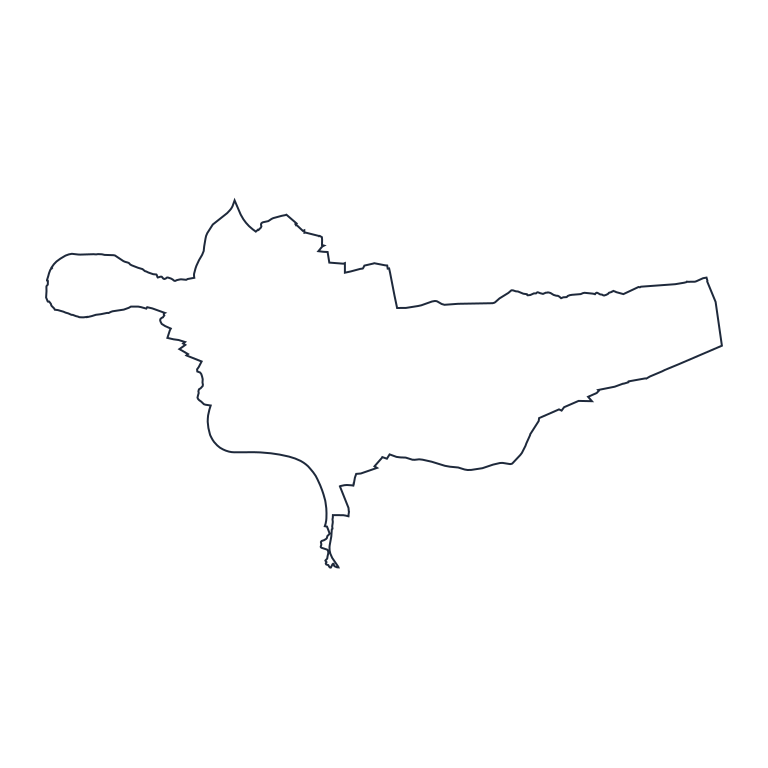 outline of Zutphen, Gelderland, Netherlands
{"feature_id": "6326949B28786285357983", "entity_name": "Zutphen", "entity_type": "district", "adm_level": 2, "iso_a3": "NLD", "parent_name": "Netherlands", "parent_adm1": "Gelderland", "projection": "equal_earth", "projection_center": [6.221, 52.129], "detail": "fine", "context": "isolated", "style": "outline", "palette": "slate", "viewbox_px": 768, "rotation_deg": 0, "n_neighbors": 0, "source": "geoboundaries", "source_scale": "gbopen_adm2", "svg_char_len": 6061}
<svg xmlns="http://www.w3.org/2000/svg" viewBox="0 0 768 768"><path d="M324.8,526.2L327.0,526.6L328.7,531.0L329.5,533.3L329.5,533.7L328.9,534.6L327.4,536.0L326.8,538.2L326.0,539.0L324.0,540.2L321.8,540.9L321.2,541.5L320.9,542.1L321.3,544.1L321.3,544.7L320.7,546.8L320.9,547.3L321.6,547.8L327.1,549.6L327.6,550.1L328.1,551.1L328.3,552.5L328.2,553.6L327.6,556.1L327.2,558.6L325.4,560.5L325.5,560.9L326.5,562.1L325.8,563.2L325.8,563.7L326.3,564.5L328.3,565.1L329.2,566.7L330.2,567.6L330.9,567.5L332.5,564.3L333.2,563.7L333.6,563.9L334.1,565.7L334.7,566.3L337.0,567.3L338.5,567.4L338.4,567.1L337.8,566.1L332.2,557.9L330.3,553.6L329.6,550.3L329.5,547.1L329.7,545.2L331.3,536.5L331.8,529.3L332.5,528.7L332.2,526.3L332.7,523.0L332.8,521.8L332.5,519.2L332.8,517.9L332.9,515.1L343.3,515.2L345.7,515.6L348.5,516.3L348.6,515.8L348.4,515.5L349.0,511.7L348.8,511.3L348.5,507.9L339.9,486.3L340.2,486.1L344.4,485.2L346.9,485.0L351.4,485.3L353.3,485.6L353.6,483.8L353.8,483.9L354.9,477.7L356.2,473.9L360.8,473.5L377.0,467.9L374.5,466.3L381.8,458.0L382.3,457.1L386.9,458.7L389.6,454.4L396.5,456.9L400.4,457.4L405.7,457.6L412.4,459.7L414.7,459.8L419.2,459.3L422.6,459.7L431.6,461.7L444.9,465.8L449.9,466.7L458.2,467.5L464.6,469.5L467.6,470.0L471.3,469.9L482.4,468.2L493.1,464.6L500.0,463.0L502.6,462.9L510.1,464.1L511.7,463.8L512.3,463.5L520.3,455.0L521.9,452.9L525.5,445.8L526.3,443.5L530.1,435.1L530.2,434.3L538.7,421.0L539.1,418.1L559.0,409.4L561.6,410.6L564.1,407.2L578.6,400.9L591.9,401.2L588.1,396.8L596.7,393.0L598.8,390.8L598.1,390.0L614.7,386.7L623.2,383.6L623.6,383.7L628.3,382.3L628.3,381.7L628.5,381.4L644.6,378.5L645.6,378.4L646.3,378.6L649.9,376.5L662.0,371.4L665.0,369.9L678.8,364.2L721.9,345.7L715.6,301.9L707.2,281.5L707.4,280.7L706.5,277.6L703.1,278.2L696.2,281.3L694.9,281.7L687.8,281.8L686.9,281.6L686.5,282.1L684.2,282.7L675.2,284.2L640.9,286.7L639.9,287.3L638.5,287.0L623.4,294.1L616.1,292.1L615.7,291.8L613.3,290.9L612.5,291.5L611.9,291.6L611.5,292.0L608.9,292.8L608.1,293.8L606.3,294.8L604.1,295.5L603.2,295.3L602.0,294.6L600.2,294.4L597.5,292.9L596.8,292.7L595.6,293.3L595.1,294.2L594.8,294.2L594.1,293.9L592.5,293.6L584.6,292.8L583.0,293.1L580.7,294.1L572.1,294.8L569.7,295.2L567.7,296.0L566.9,296.9L566.5,297.1L563.3,297.3L561.1,298.2L559.3,296.6L557.8,295.8L556.2,295.7L553.6,294.9L550.5,293.0L548.7,292.5L547.8,292.4L547.0,292.7L545.8,292.7L543.0,293.9L540.2,293.2L538.2,292.4L537.5,292.3L537.0,292.5L536.0,293.4L533.9,293.4L530.3,295.0L527.7,295.3L527.4,295.2L526.9,294.2L523.3,293.7L518.0,291.5L515.8,291.3L512.8,290.3L511.4,290.3L508.4,292.9L499.5,298.4L495.2,302.2L494.4,302.7L492.6,303.2L458.1,303.8L444.5,304.8L441.7,304.0L437.2,301.4L436.2,301.1L434.8,301.0L432.0,301.5L421.3,305.3L418.1,306.0L406.1,307.9L397.1,308.0L394.5,295.6L390.0,272.4L389.1,268.4L387.7,268.6L387.2,265.5L385.0,265.3L374.2,263.2L373.5,263.5L364.4,265.6L363.3,267.8L362.8,268.5L362.4,268.6L360.2,268.9L350.5,271.5L344.9,272.7L344.9,263.1L343.4,263.7L329.3,262.6L327.6,252.0L323.4,251.8L318.4,251.2L321.8,247.0L322.8,246.2L324.0,245.6L323.0,245.3L322.4,245.4L322.0,245.2L322.1,239.8L321.9,237.2L319.7,235.9L319.0,236.2L318.7,235.9L305.6,232.6L304.4,232.8L304.3,230.3L302.9,230.9L296.7,225.1L296.1,225.3L295.4,224.1L296.5,223.4L286.4,214.7L285.4,215.1L281.8,215.8L273.3,218.1L271.6,218.9L268.3,221.1L263.3,222.2L262.4,222.5L261.4,223.3L261.1,224.0L261.0,224.8L261.4,226.4L260.8,227.7L258.5,230.0L258.0,229.7L255.8,231.6L252.7,229.3L249.0,226.1L246.0,222.8L243.4,219.3L240.7,214.6L234.6,200.4L232.5,206.3L231.2,208.6L229.9,210.2L227.2,213.1L212.8,224.5L207.3,233.1L206.1,235.9L205.5,238.6L204.2,246.3L203.7,251.0L202.1,254.9L199.0,260.2L196.4,265.8L195.5,268.4L194.1,273.7L194.0,274.9L194.1,276.6L194.3,277.8L187.7,279.0L186.2,279.8L181.1,279.3L180.1,279.4L176.9,280.1L175.2,280.9L174.8,280.9L173.8,280.5L172.7,279.5L170.9,278.5L167.8,277.5L167.1,277.5L165.6,278.6L164.2,279.0L163.2,278.5L161.8,276.8L161.5,276.7L160.5,276.7L157.8,277.5L157.4,277.0L157.0,275.7L156.6,274.7L156.4,274.5L153.2,274.2L148.3,272.5L146.3,271.5L144.9,271.1L142.5,269.1L138.1,267.8L131.9,265.4L130.2,264.5L129.1,263.2L127.9,262.6L125.0,261.8L123.4,261.1L115.0,255.5L113.6,255.2L104.6,254.9L102.0,254.3L98.1,254.1L96.1,254.4L93.6,254.2L80.2,254.6L78.0,254.5L71.9,253.8L68.8,254.4L65.5,255.6L63.8,256.6L60.3,258.7L56.5,261.5L53.9,264.2L51.5,267.6L52.0,268.1L51.6,268.6L51.0,268.8L50.2,270.1L49.0,273.3L48.2,276.3L47.0,280.1L47.0,280.5L47.8,280.7L47.9,281.1L47.8,284.5L47.6,284.9L46.7,285.8L46.4,286.7L46.5,291.1L46.1,297.5L47.7,301.4L48.1,301.7L49.0,301.5L50.0,302.6L51.0,304.1L51.2,305.1L51.6,305.9L54.2,308.5L54.8,309.7L57.9,310.1L63.5,311.7L65.5,312.6L68.3,313.4L71.4,314.8L72.8,314.9L75.9,316.1L78.0,316.6L79.3,317.2L81.4,317.3L83.9,317.3L87.0,316.9L87.0,317.1L87.8,317.0L91.7,316.1L95.9,314.8L100.8,314.2L107.2,312.9L108.6,313.0L110.8,311.9L112.5,311.3L123.8,309.6L128.8,307.8L130.9,306.6L138.2,306.6L140.9,307.1L146.3,308.6L147.2,307.2L152.3,308.4L164.8,312.9L163.8,313.4L163.8,314.4L164.3,315.5L163.5,316.4L163.0,317.3L161.8,317.8L160.7,318.7L160.3,319.3L160.2,320.6L160.7,322.0L161.7,323.9L165.2,326.1L170.8,328.6L169.9,330.2L167.4,337.9L173.5,339.3L178.6,340.0L185.0,342.0L183.1,343.5L185.3,344.9L179.4,349.1L188.0,354.1L186.4,355.4L186.6,355.5L201.6,361.5L198.7,367.1L197.1,369.3L197.3,371.5L200.1,372.5L201.3,374.1L202.1,376.6L202.7,379.2L202.5,382.6L202.9,384.6L202.7,386.0L200.6,388.3L199.1,389.2L198.9,389.5L198.4,391.3L198.7,393.0L197.9,395.8L197.5,397.7L198.1,399.0L199.2,400.2L201.2,401.6L203.9,404.2L205.4,404.7L210.7,405.5L209.4,409.6L208.1,415.4L207.8,418.6L207.7,421.8L208.4,428.0L209.7,433.4L210.2,435.2L211.4,437.6L212.6,439.8L214.1,442.0L217.2,445.4L220.0,447.7L223.0,449.4L225.7,450.6L228.9,451.6L231.6,452.1L234.4,452.3L254.0,452.2L260.4,452.4L271.0,453.3L279.7,454.6L289.0,456.6L295.1,458.5L300.6,460.9L303.6,462.7L305.8,464.3L308.1,466.3L310.3,468.8L313.2,472.3L315.7,475.9L317.4,479.2L320.2,485.3L322.1,490.2L323.5,494.4L325.2,500.5L325.5,502.3L326.3,508.3L326.5,513.1L326.4,518.3L326.2,520.5L325.6,523.7L324.8,526.2Z" fill="none" stroke="#1e293b" stroke-width="2"/></svg>